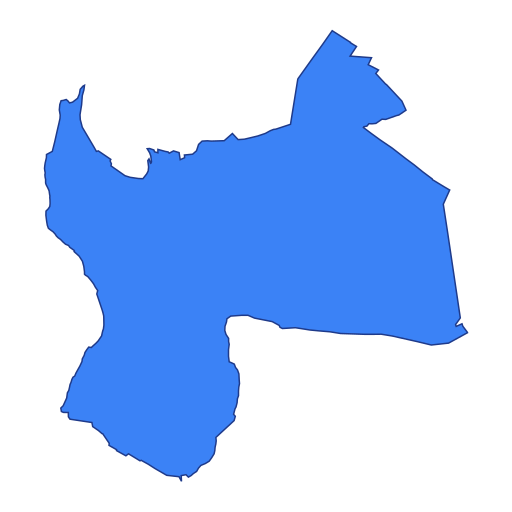 the district of Atzala, Puebla, Mexico
{"feature_id": "50627088B72086785897406", "entity_name": "Atzala", "entity_type": "district", "adm_level": 2, "iso_a3": "MEX", "parent_name": "Mexico", "parent_adm1": "Puebla", "projection": "natural_earth1", "projection_center": [-98.548, 18.547], "detail": "fine", "context": "isolated", "style": "filled", "palette": "blue", "viewbox_px": 512, "rotation_deg": 0, "n_neighbors": 0, "source": "geoboundaries", "source_scale": "gbopen_adm2", "svg_char_len": 3755}
<svg xmlns="http://www.w3.org/2000/svg" viewBox="0 0 512 512"><path d="M181.5,481.3L181.2,475.6L186.0,474.7L188.4,477.1L191.2,475.5L193.3,473.6L196.7,471.3L198.5,468.1L200.9,465.4L205.4,463.5L209.2,461.2L211.7,457.7L214.1,453.8L214.8,450.7L215.1,447.2L215.8,444.1L216.2,440.9L215.9,437.4L234.1,420.6L235.3,416.3L233.6,414.3L235.0,408.9L236.0,407.0L237.1,402.7L237.4,398.8L238.5,395.7L238.5,391.0L238.8,387.1L239.5,383.6L239.2,379.7L238.9,373.9L237.5,370.0L235.5,367.4L234.3,364.1L232.0,363.0L229.2,361.8L228.5,356.3L228.5,349.7L229.2,344.3L228.6,341.5L228.6,338.4L226.0,334.4L224.8,330.5L225.0,326.3L226.5,321.9L226.9,318.8L230.7,316.1L241.7,315.3L248.0,315.3L254.5,318.1L272.2,321.6L279.2,325.4L280.0,327.3L282.4,328.5L295.4,327.7L310.0,330.0L319.3,330.9L330.0,331.8L340.6,333.5L364.6,334.3L373.4,334.3L381.2,334.2L392.2,336.0L417.2,341.6L431.3,345.0L448.6,343.1L467.5,332.7L467.3,332.2L462.8,326.2L462.0,323.8L456.2,326.4L455.7,324.9L455.6,324.5L459.2,319.5L460.3,317.9L447.7,233.0L443.3,204.2L449.7,190.0L449.3,189.8L444.0,186.7L432.5,179.7L432.2,178.9L422.6,171.7L414.2,164.9L406.1,158.9L392.2,148.1L380.0,139.8L370.8,133.1L363.4,127.5L363.9,126.7L366.9,126.1L368.9,123.7L372.1,123.8L375.9,123.4L382.0,119.2L385.7,119.4L396.5,115.6L398.9,115.0L406.0,110.2L401.9,101.1L386.5,84.6L386.1,84.3L385.7,84.2L375.8,73.5L378.5,70.0L368.2,64.7L371.5,57.7L350.1,56.1L356.5,46.5L350.5,42.8L350.5,42.4L332.2,30.7L322.6,44.4L311.4,59.9L298.2,78.4L297.8,79.1L290.5,124.3L279.6,127.9L276.9,128.8L275.6,129.2L273.6,129.4L270.3,130.7L265.4,133.4L257.7,136.0L250.3,137.8L244.3,139.2L238.1,139.6L232.4,133.5L224.2,140.7L211.3,141.1L207.4,140.8L202.1,141.1L198.6,144.4L196.5,150.8L192.6,154.2L184.4,155.0L184.5,155.7L184.6,157.7L180.2,159.7L179.1,152.6L173.5,150.9L169.2,153.2L168.2,152.0L165.2,151.4L157.9,149.4L157.9,152.8L154.5,151.8L153.9,150.0L149.6,148.5L147.2,148.7L149.7,152.9L150.8,156.1L151.5,161.9L151.0,163.1L150.6,163.3L149.0,158.9L147.8,160.6L148.6,167.0L148.2,171.0L146.7,173.9L142.9,178.7L138.3,178.5L130.1,177.3L125.0,175.7L111.0,165.9L111.4,163.8L110.1,160.9L110.8,159.4L107.0,156.8L98.3,150.9L96.4,151.4L94.2,147.5L87.4,135.9L82.3,127.3L82.0,126.2L81.0,122.3L80.3,119.7L80.0,114.8L80.5,111.6L81.6,104.8L82.3,95.6L83.9,89.9L84.5,85.3L82.9,86.2L80.2,89.3L79.4,94.0L77.6,98.3L72.5,102.2L69.5,102.9L67.9,100.9L66.2,99.5L63.3,100.4L61.1,100.7L59.8,104.5L59.3,109.9L60.2,115.1L60.0,118.4L59.1,122.6L57.3,130.3L54.7,141.9L52.3,151.4L46.5,154.5L46.4,157.7L45.2,162.9L44.8,165.5L44.5,168.4L44.8,170.7L45.2,172.9L44.9,174.7L45.1,177.1L45.6,179.5L45.6,183.0L46.1,184.6L47.8,187.9L49.1,190.8L49.6,194.5L49.9,195.9L49.8,197.6L50.0,199.8L50.1,203.5L49.8,206.5L48.2,208.9L46.0,211.1L45.9,215.3L46.6,221.0L47.3,225.2L48.4,228.3L50.7,230.1L53.1,231.8L55.2,234.1L56.4,236.0L58.2,237.8L59.7,238.8L60.9,239.8L62.9,241.9L65.5,244.2L68.6,245.5L69.7,247.2L70.9,248.1L74.0,250.3L74.4,251.0L74.1,251.6L79.1,256.1L81.1,259.2L82.4,261.2L83.8,266.4L84.5,271.9L84.5,274.2L85.5,275.2L86.7,275.9L87.8,276.6L89.5,278.6L90.6,279.9L92.0,281.7L93.6,283.9L95.5,287.4L97.7,290.5L96.8,294.0L102.2,310.1L103.0,312.9L103.7,315.9L103.8,318.6L103.9,325.1L103.4,329.0L102.8,330.6L102.3,332.6L101.6,335.9L98.2,340.9L95.9,343.3L92.2,346.6L91.4,347.5L88.7,347.1L86.7,349.8L85.0,352.4L84.2,355.3L82.3,358.9L82.0,361.5L79.9,366.0L77.6,370.1L75.9,373.2L74.7,376.1L73.0,377.2L71.9,379.4L71.0,382.4L70.1,384.4L69.4,387.8L68.8,390.4L67.4,392.8L66.7,398.0L63.2,405.7L60.8,408.1L61.4,411.5L63.4,412.4L68.3,412.5L68.4,416.8L70.0,419.2L91.9,422.5L92.7,426.6L98.4,430.5L102.0,433.6L102.7,433.7L109.2,443.3L109.0,445.4L116.6,449.7L116.5,450.6L125.9,455.8L128.5,453.8L140.0,460.8L141.2,460.3L148.4,464.3L155.1,468.6L166.7,475.3L179.0,476.7L181.5,481.3Z" fill="#3b82f6" stroke="#1e3a8a" stroke-width="1.5"/></svg>